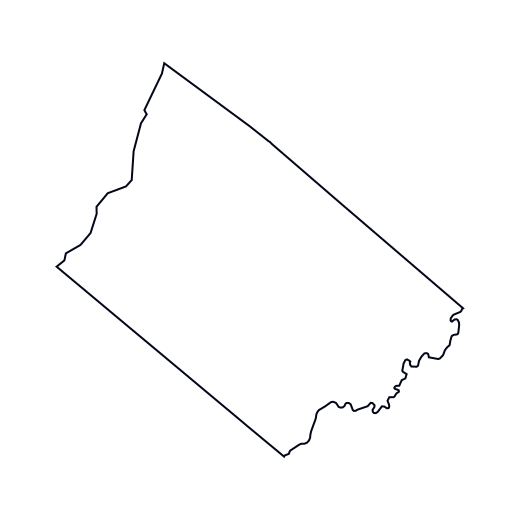 Aiken, South Carolina, United States of America, rotated 263°
{"feature_id": "52423323B95410020978847", "entity_name": "Aiken", "entity_type": "district", "adm_level": 2, "iso_a3": "USA", "parent_name": "United States of America", "parent_adm1": "South Carolina", "projection": "robinson", "projection_center": [-81.813, 33.538], "detail": "fine", "context": "isolated", "style": "outline", "palette": "ink", "viewbox_px": 512, "rotation_deg": 263, "n_neighbors": 0, "source": "geoboundaries", "source_scale": "gbopen_adm2", "svg_char_len": 1981}
<svg xmlns="http://www.w3.org/2000/svg" viewBox="0 0 512 512"><g transform="rotate(263 256 256)"><path d="M230.4,93.6L199.1,122.9L168.3,151.8L128.0,189.5L92.1,223.1L88.6,226.3L53.5,259.4L53.7,259.5L54.5,260.2L55.6,264.4L55.9,264.7L57.2,265.2L58.7,266.3L63.3,275.5L64.1,277.7L63.8,281.5L64.6,284.0L66.3,286.0L68.9,287.5L72.4,288.3L75.6,289.5L81.3,292.4L85.7,294.7L88.0,295.7L91.7,296.7L94.0,298.2L95.6,299.9L95.7,300.3L98.3,306.2L101.8,312.6L101.9,313.5L101.9,314.8L100.5,317.4L98.3,318.6L96.2,319.6L95.3,321.2L95.1,323.4L96.3,325.5L98.1,326.6L99.0,327.6L99.0,329.1L98.6,330.5L97.2,331.9L93.5,332.8L91.3,333.3L90.3,334.3L90.2,336.0L91.1,338.0L93.3,348.5L96.3,352.0L95.8,353.7L93.4,355.5L91.5,355.0L89.0,352.9L87.0,353.0L85.7,354.0L85.5,355.9L86.5,357.9L91.4,362.6L91.0,364.9L89.8,366.3L88.9,367.4L88.9,369.1L90.2,369.9L92.4,369.9L96.3,368.9L99.6,371.1L99.1,375.3L99.5,376.2L101.9,378.1L102.9,379.3L103.4,380.6L103.9,381.3L105.3,381.3L106.4,379.5L107.2,377.7L108.3,377.2L109.4,378.1L110.0,379.2L109.9,381.1L109.8,382.4L115.0,385.5L116.3,389.3L120.4,391.1L123.0,387.9L124.2,387.2L131.3,389.4L134.4,391.5L135.0,393.2L133.2,395.7L132.3,396.3L131.6,395.7L129.4,395.7L127.4,396.7L126.5,402.0L127.5,403.5L132.2,405.1L136.0,408.0L138.8,411.3L138.8,413.6L137.9,414.8L136.7,415.1L134.4,415.2L131.5,424.4L132.0,426.2L132.1,426.3L134.8,429.6L139.4,432.0L142.0,434.5L143.9,437.3L148.0,438.5L151.9,440.1L152.9,440.8L153.6,442.7L153.7,446.1L154.0,446.7L155.1,447.4L162.4,449.2L165.2,449.4L168.0,448.4L168.7,447.5L168.8,445.4L167.0,442.5L167.4,441.7L168.2,441.3L170.4,441.7L172.9,443.9L173.6,444.9L175.6,452.0L176.5,453.1L178.2,454.0L178.8,455.2L297.1,347.2L364.9,285.7L367.5,283.7L368.4,282.5L385.8,265.3L444.6,203.1L458.5,188.4L448.6,184.9L414.4,163.0L411.5,164.1L410.0,164.8L401.7,158.0L374.9,147.3L346.5,141.9L340.9,135.4L336.4,116.5L324.3,103.7L317.3,103.0L299.0,94.6L288.4,83.2L281.8,67.6L275.0,65.3L269.7,56.8L263.5,62.6L230.4,93.6Z" fill="none" stroke="#020617" stroke-width="2"/></g></svg>